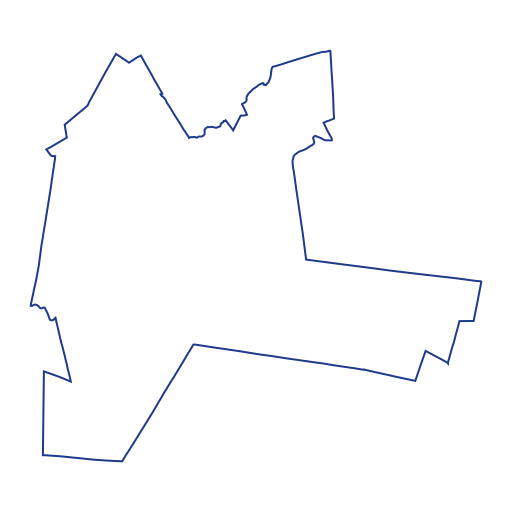 the district of Puiesti, Buzau, Romania
{"feature_id": "2599482B61093461242490", "entity_name": "Puiesti", "entity_type": "district", "adm_level": 2, "iso_a3": "ROU", "parent_name": "Romania", "parent_adm1": "Buzau", "projection": "equal_earth", "projection_center": [27.232, 45.391], "detail": "fine", "context": "isolated", "style": "outline", "palette": "blue", "viewbox_px": 512, "rotation_deg": 0, "n_neighbors": 0, "source": "geoboundaries", "source_scale": "gbopen_adm2", "svg_char_len": 5887}
<svg xmlns="http://www.w3.org/2000/svg" viewBox="0 0 512 512"><path d="M122.2,461.3L122.5,460.8L123.6,458.9L124.0,458.2L126.6,454.0L127.9,452.1L129.5,449.6L131.3,446.8L141.9,429.7L146.4,422.5L148.8,418.6L149.0,418.3L150.6,415.6L153.2,411.4L157.6,403.9L158.5,402.2L160.1,399.6L160.9,398.4L162.7,395.1L164.1,392.7L165.4,390.7L165.7,390.3L166.2,389.4L166.8,388.4L167.6,387.1L169.0,384.8L169.8,383.5L170.5,382.1L170.9,381.5L171.8,380.2L173.9,377.0L176.4,372.8L182.9,362.1L184.9,358.7L188.6,352.5L192.6,345.9L193.4,344.6L193.6,344.5L193.8,344.5L196.0,344.7L201.1,345.5L202.9,345.7L209.4,346.8L240.3,351.3L258.1,354.2L272.1,356.1L285.5,358.2L317.0,362.7L321.3,363.2L325.8,363.9L333.8,365.3L336.3,365.6L343.6,366.7L354.0,368.2L363.8,369.8L363.9,369.5L370.5,371.1L371.7,371.3L373.1,371.7L374.1,371.9L386.0,374.5L395.7,376.7L399.9,377.6L415.0,380.8L415.3,380.9L420.2,366.4L425.6,350.9L435.2,356.0L440.4,358.8L446.8,362.3L448.0,363.5L448.0,363.2L448.1,362.1L448.2,361.7L449.5,357.1L450.4,353.8L451.1,351.3L452.0,348.1L452.9,344.9L453.5,343.7L455.8,334.7L456.3,332.9L457.2,329.7L458.5,324.9L459.4,321.5L459.4,321.2L459.5,321.1L471.2,321.0L473.6,321.0L473.9,319.8L474.2,318.1L477.5,301.6L480.7,285.0L481.3,281.8L481.2,281.6L481.0,281.4L480.7,281.3L478.3,281.1L475.8,280.9L455.6,278.2L426.5,274.9L392.8,270.9L391.1,270.7L388.1,270.3L368.0,267.6L341.3,264.2L306.1,259.6L302.9,234.4L296.2,188.8L293.9,172.1L293.0,167.3L292.7,164.0L292.5,160.9L293.3,157.6L293.7,156.2L294.7,154.9L297.8,152.5L299.1,151.7L301.6,150.7L303.2,150.2L305.0,149.4L306.3,148.8L307.7,147.8L310.0,146.3L310.8,145.8L312.2,145.1L313.1,144.5L313.9,143.3L314.2,142.7L314.3,142.1L314.1,141.4L313.6,139.8L313.3,139.0L313.1,138.3L313.2,137.5L313.7,137.0L314.4,136.3L314.9,136.0L315.4,135.9L316.0,136.2L317.7,136.8L319.2,137.4L319.6,137.5L320.2,137.8L321.3,138.3L323.0,139.2L324.0,139.9L324.6,140.0L325.4,140.2L326.4,140.3L327.5,140.3L330.2,140.4L331.8,140.3L331.8,138.6L327.4,130.7L323.6,122.7L324.6,122.3L326.7,121.3L327.3,121.1L328.5,120.8L329.7,120.3L333.8,118.7L334.0,118.5L334.0,117.8L333.5,108.5L333.4,105.2L333.2,98.0L333.2,97.6L332.4,84.6L332.0,77.9L331.3,67.5L331.2,64.8L330.4,51.2L330.3,50.9L330.0,50.7L329.9,50.7L328.2,51.2L324.9,51.9L322.0,52.0L318.1,53.1L314.4,54.1L303.3,57.5L299.8,58.5L299.5,58.6L283.9,63.5L283.5,63.7L276.3,65.9L273.6,66.6L272.7,66.8L272.3,67.5L271.8,68.3L271.6,69.2L271.4,70.3L271.3,71.3L271.1,72.1L271.1,72.8L271.0,73.9L270.6,76.2L270.3,77.8L270.1,78.2L269.7,79.4L269.0,81.1L268.8,81.6L268.4,82.2L267.5,83.2L266.6,84.2L266.3,84.5L266.0,85.1L264.0,84.8L263.8,84.7L263.7,83.8L263.6,83.5L263.3,83.2L263.1,83.1L262.8,83.1L262.6,83.2L262.1,83.4L261.5,83.7L261.1,83.8L260.0,84.3L259.5,84.5L259.1,84.7L258.8,84.9L257.8,85.8L256.6,86.7L254.5,88.1L253.3,88.9L252.6,89.5L251.9,90.3L251.2,91.0L250.2,92.0L249.4,92.7L248.5,93.7L247.9,94.4L247.3,95.6L246.8,96.6L246.6,97.3L246.5,98.3L246.5,98.9L246.6,99.8L246.6,100.2L246.5,100.6L246.0,101.4L245.3,102.2L244.4,102.8L243.2,103.4L242.0,104.1L242.5,105.3L242.7,105.7L243.8,107.7L247.0,114.8L245.5,115.2L243.8,115.6L243.2,115.6L242.3,115.6L241.6,115.5L241.3,115.5L241.0,115.5L240.7,115.6L240.6,115.8L239.0,118.9L235.6,125.5L233.2,130.3L233.1,130.1L225.6,120.3L225.2,120.8L224.8,121.1L224.3,121.2L223.9,121.0L223.7,121.0L223.6,121.3L223.4,121.7L223.1,122.3L222.7,122.5L222.4,122.6L222.0,122.6L221.7,122.9L221.1,123.7L220.8,124.0L220.5,125.5L220.2,126.1L219.9,126.4L219.2,126.7L218.6,126.9L217.6,127.2L217.0,127.5L216.1,127.8L215.2,127.6L214.3,127.4L213.5,127.2L213.0,127.1L212.3,126.9L211.9,126.8L211.6,126.8L211.2,127.0L210.8,127.1L209.8,127.2L208.6,127.0L208.0,127.0L207.5,127.1L206.8,127.5L206.0,128.1L205.6,128.6L205.2,129.0L204.6,129.9L204.5,130.4L204.5,130.8L204.6,131.5L204.7,132.4L204.6,133.5L204.5,134.3L204.1,134.9L203.3,135.6L202.8,136.0L201.8,136.5L201.3,136.6L200.9,136.6L200.3,136.5L199.7,136.5L198.9,136.5L198.5,136.7L197.9,137.0L197.5,137.4L196.9,137.6L196.4,137.6L195.9,137.5L195.3,137.2L194.9,137.0L194.4,136.9L193.7,137.0L192.9,137.1L192.4,137.2L192.0,137.2L191.6,137.2L191.3,137.1L191.0,137.2L190.7,137.2L190.2,137.3L189.7,137.6L189.4,137.7L189.0,137.9L188.9,137.6L188.5,136.8L188.2,136.3L187.9,135.8L187.5,135.2L187.1,134.8L186.6,134.0L185.6,132.4L185.1,131.4L184.8,131.1L184.2,130.4L183.7,129.7L181.2,125.5L178.9,121.8L175.2,116.0L172.9,112.2L170.9,108.9L168.6,105.3L167.8,104.1L167.1,103.0L166.0,100.9L165.8,100.3L165.1,99.1L164.6,98.5L164.1,97.9L163.0,96.9L162.6,96.5L162.0,96.1L161.5,95.8L160.5,94.3L161.2,94.0L161.5,94.0L161.9,94.0L162.3,93.8L161.8,92.8L158.1,86.3L153.9,79.0L152.0,75.4L146.2,65.2L140.9,55.6L137.0,57.4L129.1,62.7L116.0,53.9L110.1,64.1L105.6,72.0L89.0,102.3L88.6,103.5L88.4,104.0L87.6,105.4L87.0,106.1L86.7,106.4L64.7,124.7L66.8,137.6L59.4,142.0L49.9,147.5L46.3,149.5L46.9,150.2L49.4,153.6L50.7,155.3L51.5,156.0L55.2,156.2L54.9,159.5L54.8,159.9L54.1,164.8L53.2,170.7L52.3,177.0L51.8,180.1L50.8,187.6L46.7,213.3L44.6,226.4L44.1,229.2L43.8,231.3L43.3,233.9L43.0,236.0L42.6,238.7L41.9,242.9L41.7,243.7L38.8,265.6L38.7,266.0L37.5,272.8L36.5,278.1L36.2,279.7L34.9,285.5L34.7,286.3L32.7,295.8L31.3,302.3L30.7,305.7L31.7,306.0L33.5,305.1L34.6,304.6L35.5,304.6L36.8,305.0L38.4,306.1L39.4,307.3L40.3,308.1L41.4,308.4L42.1,308.2L43.1,307.6L43.9,307.5L44.8,307.7L47.6,313.4L49.0,317.3L49.3,318.3L49.8,319.1L49.9,319.6L50.1,319.9L50.3,320.0L50.6,320.1L51.3,320.3L51.6,320.3L52.1,320.3L53.4,319.9L54.3,318.9L55.5,317.8L55.8,319.0L56.1,320.5L56.1,320.9L56.2,321.2L56.8,323.7L57.7,327.3L58.3,329.9L58.9,332.6L59.2,333.7L59.6,335.5L59.8,336.4L60.3,338.7L60.8,340.7L61.3,342.9L61.9,344.7L62.6,347.4L63.3,350.1L63.9,352.7L64.7,355.7L66.0,361.3L66.3,362.3L66.7,363.8L66.8,364.3L67.4,367.2L67.8,369.3L68.6,372.0L70.0,377.8L70.8,381.6L61.9,377.9L57.5,376.2L43.9,371.4L43.8,380.0L43.6,395.3L42.9,455.2L46.2,455.3L60.7,456.3L78.4,458.1L93.2,459.6L101.8,460.2L102.8,460.3L114.4,461.0L122.2,461.3Z" fill="none" stroke="#1e3a8a" stroke-width="2"/></svg>